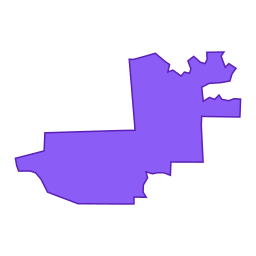 Imigrante, Rio Grande do Sul, Brazil (Mercator projection)
{"feature_id": "56859067B16488367514082", "entity_name": "Imigrante", "entity_type": "district", "adm_level": 2, "iso_a3": "BRA", "parent_name": "Brazil", "parent_adm1": "Rio Grande do Sul", "projection": "mercator", "projection_center": [-51.758, -29.341], "detail": "fine", "context": "isolated", "style": "filled", "palette": "violet", "viewbox_px": 256, "rotation_deg": 0, "n_neighbors": 0, "source": "geoboundaries", "source_scale": "gbopen_adm2", "svg_char_len": 948}
<svg xmlns="http://www.w3.org/2000/svg" viewBox="0 0 256 256"><path d="M236.0,68.3L228.8,63.6L225.2,67.3L221.1,56.1L223.9,52.0L206.8,52.3L207.1,59.4L205.1,63.6L200.4,62.3L193.7,56.4L187.9,60.9L190.9,68.8L189.5,73.2L184.4,72.1L181.1,76.0L172.9,70.1L167.9,71.9L169.6,64.5L165.1,61.5L155.3,53.3L144.5,56.4L133.6,59.4L129.2,59.2L130.9,79.2L135.1,130.3L120.9,130.5L55.3,132.5L44.9,132.8L44.1,150.9L15.4,158.3L16.7,165.7L18.7,171.1L24.9,171.0L30.5,171.1L35.6,172.8L41.0,179.2L47.6,192.2L78.0,203.7L109.5,203.9L127.8,204.0L134.0,203.9L134.0,197.0L146.2,197.3L143.1,192.1L143.4,185.0L147.6,177.8L146.0,171.8L152.4,173.8L157.1,172.8L164.0,172.8L170.4,175.3L170.9,162.0L203.1,162.1L201.8,136.4L201.3,125.1L201.7,116.3L205.8,116.5L239.9,117.0L240.6,99.1L234.1,98.7L228.8,100.7L221.9,99.4L219.0,95.0L214.7,99.4L209.5,97.4L203.3,101.4L201.7,87.2L209.1,83.4L221.1,82.6L229.9,81.0L232.0,73.9L236.0,68.3Z" fill="#8b5cf6" stroke="#5b21b6" stroke-width="1.5"/></svg>